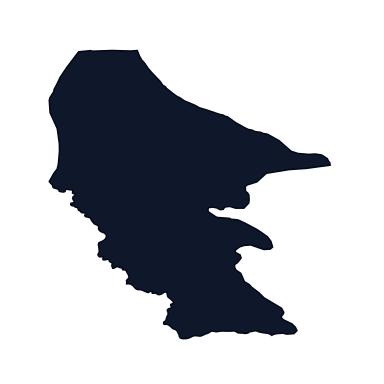 outline of Yepocapa, Chimaltenango, Guatemala, rotated 263°
{"feature_id": "79465075B24340573402590", "entity_name": "Yepocapa", "entity_type": "district", "adm_level": 2, "iso_a3": "GTM", "parent_name": "Guatemala", "parent_adm1": "Chimaltenango", "projection": "equal_earth", "projection_center": [-91.028, 14.45], "detail": "fine", "context": "isolated", "style": "filled", "palette": "ink", "viewbox_px": 384, "rotation_deg": 263, "n_neighbors": 0, "source": "geoboundaries", "source_scale": "gbopen_adm2", "svg_char_len": 5332}
<svg xmlns="http://www.w3.org/2000/svg" viewBox="0 0 384 384"><g transform="rotate(263 192 192)"><path d="M134.6,101.5L133.6,101.5L132.7,102.1L131.9,103.2L130.9,104.3L129.8,104.0L129.1,103.4L127.9,103.6L126.8,103.8L126.0,104.0L125.8,105.1L126.4,106.4L126.8,107.3L127.1,108.3L126.8,109.7L126.1,110.5L125.7,111.6L125.3,113.1L124.4,113.5L123.5,113.6L123.0,114.7L122.9,116.0L122.0,117.0L121.0,117.4L120.2,117.7L119.1,118.1L118.0,118.6L116.4,119.1L115.6,119.1L114.6,118.9L113.6,118.0L112.8,116.8L111.8,116.1L110.7,116.3L109.7,116.1L108.8,115.9L108.7,117.1L108.6,118.1L108.2,119.7L107.7,120.4L106.9,121.3L105.8,122.4L104.6,123.1L103.6,123.8L102.6,124.7L101.8,126.2L101.5,127.7L101.4,128.7L100.8,130.4L100.4,131.2L99.7,132.1L99.3,132.8L98.8,133.8L98.2,134.7L97.6,136.0L97.7,136.9L98.2,138.0L98.7,138.8L98.3,140.4L97.2,140.1L96.3,140.3L96.2,141.8L96.1,143.6L95.2,144.8L94.5,145.5L94.1,146.7L94.2,148.3L94.5,149.4L95.0,150.4L95.9,152.1L96.0,154.0L95.2,154.9L94.1,154.9L93.2,155.0L92.2,155.0L91.2,155.2L90.3,155.8L89.6,156.5L88.6,157.5L87.6,158.4L86.5,159.3L85.6,159.8L84.4,160.1L83.5,159.5L83.3,158.3L83.1,157.3L82.3,157.0L81.4,157.3L80.4,157.7L79.5,157.3L79.2,155.9L79.0,154.9L78.7,154.0L77.7,153.0L76.7,153.2L75.5,153.5L74.2,153.5L73.3,153.3L72.4,152.7L71.5,152.1L70.4,151.5L69.7,151.2L68.5,150.8L67.2,150.0L66.9,149.2L66.4,148.3L65.7,147.9L64.5,147.8L63.9,148.9L63.8,150.7L63.1,152.2L62.4,153.1L61.8,153.7L60.6,154.8L59.3,155.8L58.7,156.5L57.9,158.0L57.2,159.2L56.2,160.1L55.0,160.6L54.1,160.8L53.2,161.3L52.3,161.7L51.2,161.7L49.8,161.9L48.7,162.5L48.0,163.6L47.7,164.4L47.4,165.9L47.3,167.0L47.2,168.1L47.3,169.4L47.5,171.1L47.8,172.1L48.1,173.2L48.6,174.5L48.9,175.3L49.1,177.1L48.9,178.2L48.7,179.5L48.2,181.1L48.0,182.8L48.1,184.0L48.6,185.5L49.4,187.8L49.5,188.6L49.7,189.5L49.9,190.5L50.4,191.8L51.1,192.9L51.5,194.4L51.4,195.5L50.9,197.2L50.4,198.6L50.3,200.6L50.4,201.5L50.5,203.0L50.4,204.1L50.3,205.0L50.2,206.2L50.0,207.4L49.7,209.1L49.5,211.1L49.3,212.4L49.2,213.9L49.1,215.0L49.0,216.7L48.7,217.7L47.9,218.9L47.2,219.6L46.6,220.5L46.4,221.5L46.1,223.1L45.9,224.6L45.6,225.8L45.3,226.7L45.1,228.1L45.1,229.2L45.3,230.6L46.1,231.8L46.2,232.7L46.3,234.0L46.4,235.3L46.5,236.7L46.5,238.5L45.9,239.8L45.5,240.5L44.8,242.0L44.4,243.2L43.9,244.6L43.6,245.6L43.3,246.8L43.0,248.1L42.5,249.9L42.2,250.8L41.4,252.0L40.7,253.0L40.0,253.7L40.7,255.3L41.1,258.7L40.8,265.1L39.4,268.5L39.0,275.9L41.6,279.3L45.2,278.1L48.9,275.2L53.8,267.5L55.9,265.5L57.7,265.6L60.1,268.0L61.5,268.4L65.7,266.7L78.2,250.6L83.8,246.2L90.3,239.5L93.1,237.6L96.6,233.1L105.3,230.5L109.3,226.0L112.2,225.1L114.8,225.5L116.3,228.4L120.4,232.7L123.7,232.1L126.5,228.1L127.9,227.6L129.0,228.0L131.8,232.7L132.6,237.4L132.3,243.8L126.2,256.3L125.8,262.7L127.5,265.3L133.4,264.3L138.3,261.5L143.8,255.5L147.0,251.7L154.5,241.0L158.6,234.4L159.5,231.0L160.2,227.3L161.3,226.0L163.6,214.3L164.4,212.7L170.1,206.1L172.0,205.5L174.4,206.4L174.5,210.8L173.2,214.6L171.0,217.9L171.0,220.9L171.6,221.3L172.4,222.1L173.1,223.2L173.1,227.7L170.6,233.4L169.6,241.5L174.0,246.9L176.9,247.7L182.1,248.1L184.3,247.1L186.1,245.3L190.9,245.5L192.3,247.8L194.1,257.6L201.5,268.0L202.4,291.1L201.5,308.3L201.8,332.4L204.6,332.3L205.5,331.4L208.6,330.4L212.9,325.3L214.7,319.0L215.1,312.6L217.3,302.0L218.1,300.2L220.4,295.3L232.2,284.8L240.2,273.9L241.5,269.6L242.9,267.3L244.2,262.2L246.2,258.9L247.3,255.4L249.7,251.7L255.6,243.7L262.3,236.4L263.2,233.9L264.4,232.7L265.9,228.4L271.3,217.3L274.8,209.4L277.6,205.7L283.5,195.4L287.4,191.0L288.3,189.2L292.0,185.2L298.6,178.7L299.3,178.8L301.8,175.8L305.5,174.0L316.0,166.2L319.2,164.1L319.9,163.6L325.6,160.7L328.0,159.0L329.6,158.0L333.2,156.5L339.1,154.9L339.4,148.4L342.2,130.1L343.9,110.5L344.7,108.4L345.0,96.6L330.7,82.7L321.9,75.1L316.0,71.4L310.4,67.5L308.6,67.1L302.8,62.4L300.4,61.5L288.0,60.8L271.3,66.0L255.9,66.2L248.4,65.4L235.8,62.7L231.3,61.0L227.4,57.2L219.8,51.6L217.7,52.9L216.9,53.7L215.8,54.3L215.0,54.5L213.8,54.6L212.9,55.3L212.5,56.4L212.0,57.5L211.7,58.3L210.9,59.7L210.1,60.1L209.2,60.2L208.5,61.1L208.2,62.3L207.8,63.5L207.6,64.7L208.0,66.0L209.0,66.6L209.8,66.8L210.2,67.8L209.7,69.2L209.1,70.7L209.0,71.7L208.8,72.6L208.4,73.5L207.4,73.8L206.5,73.4L205.4,73.3L204.8,74.2L204.6,75.1L203.8,75.8L202.9,75.4L202.3,74.3L201.6,73.3L201.0,73.0L200.3,72.9L199.1,73.0L198.0,73.5L197.2,74.0L195.9,73.9L195.7,72.7L195.7,71.8L195.5,70.4L194.4,70.1L193.5,70.5L193.0,71.4L192.8,72.2L192.4,73.2L191.7,73.8L191.0,75.0L190.8,75.8L190.4,76.6L189.4,76.9L188.4,76.9L187.5,77.5L186.9,78.7L186.0,79.1L185.0,79.9L184.7,81.0L184.5,82.3L184.0,83.5L182.9,83.5L181.8,82.7L180.8,83.0L180.2,84.1L180.0,84.9L179.4,86.5L179.0,87.4L178.1,88.2L177.2,88.4L176.2,88.8L175.0,89.4L173.9,90.1L173.3,90.5L172.6,90.9L171.8,91.9L171.4,92.7L170.8,93.6L169.7,95.0L168.8,95.2L167.4,94.8L166.4,94.8L165.6,95.2L164.9,95.6L164.2,96.3L163.4,97.4L162.8,98.5L162.2,99.6L161.6,100.3L160.6,101.3L159.3,101.7L158.4,101.6L157.7,101.4L156.6,100.8L155.9,100.2L155.0,99.0L154.6,98.3L154.2,97.4L153.9,96.5L153.6,95.3L153.2,94.1L152.8,93.3L151.6,92.7L150.7,92.7L149.8,92.8L147.6,92.8L146.1,92.8L145.1,92.8L143.9,92.6L143.0,92.1L142.1,91.5L141.2,91.0L139.9,91.4L138.9,92.4L138.7,93.9L138.6,94.9L138.4,96.1L137.5,96.1L136.6,95.4L135.7,95.4L135.3,96.5L135.3,97.9L135.5,99.5L135.5,100.6L134.6,101.5Z" fill="#0f172a" stroke="#020617" stroke-width="1.5"/></g></svg>